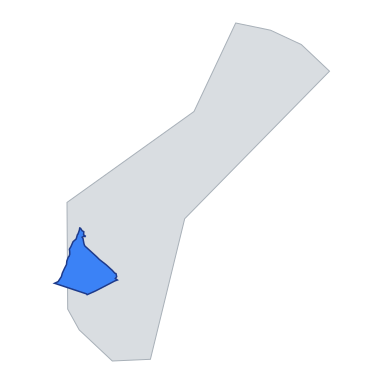 Agat, Guam (highlighted)
{"feature_id": "77769853B39660846480906", "entity_name": "Agat", "entity_type": "district", "adm_level": 2, "iso_a3": "GUM", "parent_name": "Guam", "parent_adm1": "", "projection": "orthographic", "projection_center": [144.666, 13.365], "detail": "fine", "context": "in_parent", "style": "filled", "palette": "blue", "viewbox_px": 384, "rotation_deg": 0, "n_neighbors": 0, "source": "geoboundaries", "source_scale": "gbopen_adm2", "svg_char_len": 911}
<svg xmlns="http://www.w3.org/2000/svg" viewBox="0 0 384 384"><path d="M150.4,359.3L112.3,361.0L79.2,329.9L67.7,309.1L67.0,202.4L194.0,111.5L235.7,23.0L270.5,30.2L301.4,44.6L329.5,71.2L184.7,218.7L150.4,359.3Z" fill="#d9dde1" stroke="#a8b0b8" stroke-width="1"/><path d="M79.7,228.0L79.4,230.0L78.0,234.0L77.9,234.0L77.4,234.7L77.3,235.0L76.7,237.1L76.2,238.9L75.0,240.0L73.5,241.3L73.0,241.8L71.2,246.0L71.0,246.5L69.4,249.2L69.7,251.3L69.8,254.2L69.1,256.3L68.3,257.1L66.8,261.1L66.5,264.5L64.5,268.4L62.3,273.2L61.4,276.6L58.1,281.6L54.5,283.3L86.5,293.9L87.1,294.7L95.6,290.9L114.7,281.0L117.4,280.0L115.3,278.5L116.7,276.7L116.0,273.6L114.7,273.1L112.4,270.5L106.3,264.9L99.4,259.5L96.6,256.7L85.3,246.4L84.6,245.6L83.9,243.5L83.0,238.5L82.1,237.2L83.8,236.3L85.0,236.6L85.3,236.1L84.8,235.7L83.6,234.8L83.8,231.7L82.1,230.7L80.5,228.2L79.7,228.0Z" fill="#3b82f6" stroke="#1e3a8a" stroke-width="1.5"/></svg>